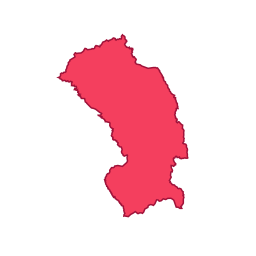 Sung Men, Phrae, Thailand (Robinson projection), rotated 28°
{"feature_id": "78962969B92353428607909", "entity_name": "Sung Men", "entity_type": "district", "adm_level": 2, "iso_a3": "THA", "parent_name": "Thailand", "parent_adm1": "Phrae", "projection": "robinson", "projection_center": [100.13, 18.026], "detail": "fine", "context": "isolated", "style": "filled", "palette": "rose", "viewbox_px": 256, "rotation_deg": 28, "n_neighbors": 0, "source": "geoboundaries", "source_scale": "gbopen_adm2", "svg_char_len": 5811}
<svg xmlns="http://www.w3.org/2000/svg" viewBox="0 0 256 256"><g transform="rotate(28 128 128)"><path d="M165.7,207.7L166.1,207.3L169.9,206.1L171.0,202.9L172.6,200.6L173.7,198.4L176.7,199.0L177.5,198.5L178.1,197.4L179.8,196.6L180.8,196.6L181.3,194.9L180.9,191.6L182.8,188.8L182.4,187.5L182.5,186.7L183.7,185.1L185.3,184.5L186.8,184.4L187.3,182.2L187.0,178.0L188.2,177.4L189.6,177.9L190.2,177.8L191.5,176.6L192.4,174.0L194.9,173.4L196.1,171.5L198.9,169.9L201.2,170.0L202.4,170.3L207.7,175.2L209.6,174.4L211.6,174.6L213.2,173.7L211.4,172.5L212.0,171.5L211.8,170.9L212.1,169.8L212.1,168.3L210.2,164.7L209.9,162.9L208.3,161.8L208.7,160.9L207.9,160.7L207.5,159.9L207.0,159.5L206.8,158.5L205.4,158.2L203.4,156.9L201.8,157.1L201.0,157.9L200.5,157.9L200.1,157.9L199.4,157.2L197.0,157.1L195.8,156.5L193.6,157.3L192.4,156.5L190.6,156.4L190.5,155.4L189.2,155.0L189.2,151.1L187.8,150.0L186.6,146.9L186.7,146.4L187.6,146.0L187.1,144.4L184.8,142.7L183.7,140.8L184.3,140.5L186.3,140.4L186.5,139.8L186.4,138.8L187.3,138.3L187.0,137.2L185.3,136.6L183.9,135.7L182.5,133.9L182.4,133.1L183.3,132.6L183.3,131.4L183.6,130.5L184.3,130.2L185.2,131.0L186.4,130.3L187.1,129.5L188.1,130.4L189.5,130.1L190.0,129.3L190.8,129.1L192.3,127.6L193.3,127.5L194.8,126.6L194.8,126.3L193.7,125.2L192.7,123.2L191.5,121.9L191.3,121.0L190.8,120.5L190.9,119.6L190.1,118.5L188.5,117.4L187.8,115.9L186.6,115.2L184.2,115.8L183.6,115.7L183.4,115.3L183.6,113.5L182.7,112.0L182.5,110.9L181.3,110.1L180.6,108.1L179.1,105.5L178.7,104.1L177.5,103.2L176.3,103.0L174.9,99.8L173.6,99.8L170.1,98.6L169.4,99.0L169.1,100.2L168.0,100.0L167.4,99.3L167.4,98.7L167.7,98.2L167.3,97.3L166.8,97.0L166.2,97.3L165.4,97.0L165.3,96.4L164.9,96.4L164.5,95.6L163.0,94.4L163.0,93.0L162.4,92.4L162.2,91.7L162.2,89.3L161.5,88.3L161.5,87.9L163.0,87.3L162.0,86.3L161.9,85.7L161.3,85.5L161.2,85.0L160.6,84.4L160.3,83.5L159.7,83.0L159.0,83.0L157.1,80.8L156.3,80.5L155.9,79.0L155.4,78.9L154.9,79.4L154.2,79.5L153.8,78.8L153.8,77.3L151.2,77.5L150.9,77.2L149.8,77.1L148.3,76.0L147.4,75.9L146.3,74.4L145.3,74.3L144.7,73.7L144.2,73.7L142.9,71.7L140.9,71.2L140.0,70.6L139.4,69.7L137.9,69.5L137.1,69.1L137.1,68.8L136.1,68.0L136.0,67.4L135.7,67.4L135.6,67.0L135.0,67.0L135.0,66.6L134.6,66.3L134.2,66.5L133.6,65.6L129.2,63.1L129.2,62.7L125.8,61.1L125.0,61.7L124.1,61.6L121.9,62.8L117.7,65.9L111.0,66.8L109.1,66.5L105.5,67.6L104.8,67.4L104.3,66.9L103.9,67.0L103.5,66.6L103.2,65.8L103.3,65.2L103.0,63.5L100.8,62.7L100.2,62.2L99.5,62.5L99.5,63.0L99.0,62.9L98.0,62.4L97.9,61.9L97.3,61.8L96.9,61.1L96.1,60.8L96.3,58.9L95.3,58.4L95.5,57.3L94.6,57.1L95.3,56.2L94.7,55.6L93.9,56.1L93.1,56.0L92.4,57.1L91.6,56.8L91.2,56.2L90.9,56.8L89.2,57.1L88.8,57.4L88.3,57.0L87.2,56.7L85.8,55.7L85.7,54.6L86.0,54.2L85.9,53.2L86.3,52.3L85.8,52.0L85.6,51.3L84.3,51.2L83.4,50.6L82.6,49.1L81.5,48.6L80.3,48.7L79.4,48.3L79.1,49.8L79.3,50.6L79.9,51.2L80.1,52.7L78.6,53.1L78.1,54.2L76.8,54.7L76.3,55.9L75.5,56.0L74.7,55.0L73.1,55.2L72.5,55.9L72.3,57.2L71.7,57.6L71.2,58.6L70.2,59.4L70.1,60.5L67.7,60.4L67.3,61.8L65.4,64.1L65.5,67.1L64.6,68.1L65.0,68.9L65.0,69.6L62.7,69.7L61.8,70.3L61.1,70.2L60.8,70.9L60.7,71.9L61.0,73.3L60.5,74.1L59.5,74.7L59.0,74.7L58.7,75.6L55.6,77.8L55.2,77.9L53.9,77.6L52.7,77.9L52.5,79.7L52.7,80.7L51.9,82.7L51.2,83.9L48.6,85.5L47.6,86.4L46.4,86.2L46.1,86.5L46.1,87.5L45.8,88.4L47.4,89.6L47.8,90.2L44.8,95.3L45.2,96.2L44.6,98.4L45.5,99.7L45.2,102.0L45.9,104.2L45.9,106.0L46.8,107.4L46.3,108.4L45.3,108.8L44.8,110.4L43.6,110.6L43.4,110.9L43.0,112.0L43.7,112.9L43.9,114.8L42.8,116.1L44.2,115.9L44.9,116.5L45.8,116.3L46.9,116.4L47.9,117.1L49.7,115.7L50.5,115.6L51.5,116.0L52.7,114.6L53.6,115.2L54.7,114.8L55.4,113.7L57.0,113.6L57.2,114.1L56.8,114.4L57.6,115.9L58.3,116.4L58.3,117.0L60.3,116.3L60.4,115.7L61.6,116.4L62.7,115.6L63.4,116.1L63.9,117.2L63.7,117.7L62.5,118.1L62.6,119.3L63.0,119.1L63.1,118.3L63.9,119.0L65.3,118.7L65.5,118.2L65.7,118.7L67.1,119.2L66.8,119.8L67.0,120.2L67.7,120.2L68.7,121.1L69.4,120.9L68.4,122.2L69.6,122.5L70.3,121.8L70.7,121.9L71.1,122.2L71.1,122.8L71.9,122.9L72.9,123.8L75.9,122.4L78.0,125.0L79.5,125.1L79.9,125.5L85.6,127.3L86.6,127.4L88.0,126.9L90.5,126.6L95.7,127.5L97.9,127.5L97.9,128.8L97.5,129.7L95.7,130.7L95.9,130.9L97.1,130.6L97.9,130.8L97.9,131.3L98.0,131.0L98.5,131.1L99.2,130.2L99.6,130.2L99.7,131.2L99.9,131.5L100.5,131.2L103.1,131.5L104.0,132.2L104.3,132.1L105.0,133.1L106.3,132.4L106.6,132.5L109.1,131.8L109.8,132.2L110.8,134.4L112.3,135.5L113.5,135.8L114.3,135.7L115.2,136.1L115.2,136.5L115.4,136.2L115.5,136.6L115.2,136.7L115.4,137.1L116.1,137.6L115.9,138.2L116.2,138.5L116.3,140.3L116.9,141.1L116.8,142.4L117.4,142.9L118.9,143.2L118.8,143.5L119.6,144.2L119.5,144.6L119.9,145.1L120.5,145.3L120.9,145.1L121.3,145.2L121.7,144.7L122.5,144.6L122.9,144.9L123.0,144.7L124.1,144.7L124.4,145.4L126.2,145.7L126.3,146.5L126.6,146.7L126.5,147.4L127.5,148.0L128.5,148.0L129.2,148.5L131.1,148.0L133.0,149.9L133.4,152.1L134.4,153.1L136.0,153.7L136.5,154.4L137.9,154.6L139.7,152.4L140.1,152.2L140.4,152.4L141.1,154.7L143.1,157.4L143.1,159.1L141.1,164.5L136.6,165.9L134.1,167.9L134.2,169.1L133.8,169.8L132.1,170.7L131.7,173.9L132.5,175.1L132.6,176.3L132.1,177.6L131.4,177.9L131.1,179.8L131.6,180.7L131.2,182.2L132.0,183.7L131.5,184.4L132.0,184.7L132.3,185.4L133.0,185.2L133.2,186.4L133.8,186.5L134.5,187.8L136.2,188.8L136.6,189.5L137.4,189.4L138.8,190.9L139.1,190.5L140.1,191.3L141.1,191.4L141.8,192.3L142.4,192.3L142.8,192.8L143.3,192.8L143.7,193.5L144.4,193.4L144.7,194.1L146.6,195.3L147.4,195.1L147.8,196.0L148.2,196.0L148.8,195.0L150.0,196.3L150.5,196.2L151.6,196.6L153.1,196.5L153.8,196.9L154.6,196.9L155.1,197.7L155.7,197.8L156.2,198.3L156.7,198.1L157.2,198.6L157.9,198.5L157.8,198.8L158.2,199.2L159.1,199.5L160.6,199.2L161.5,200.8L162.8,201.9L162.9,202.6L164.1,204.0L165.3,204.8L165.2,206.5L165.7,207.7Z" fill="#f43f5e" stroke="#9f1239" stroke-width="1.5"/></g></svg>